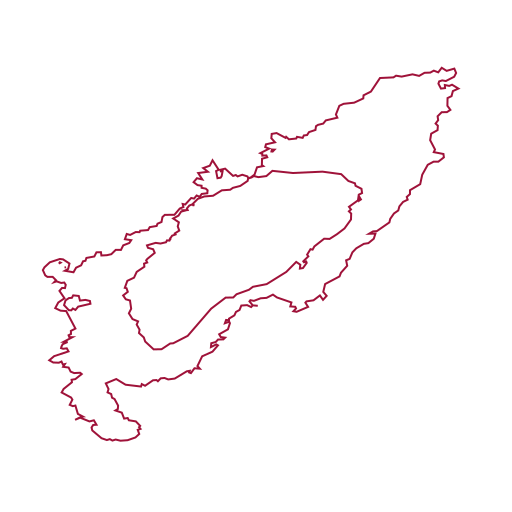 Danau Toba, Sumatera Utara, Indonesia (Equal Earth projection), rotated 86°
{"feature_id": "22746128B58041142516585", "entity_name": "Danau Toba", "entity_type": "district", "adm_level": 2, "iso_a3": "IDN", "parent_name": "Indonesia", "parent_adm1": "Sumatera Utara", "projection": "equal_earth", "projection_center": [98.807, 2.61], "detail": "fine", "context": "isolated", "style": "outline", "palette": "rose", "viewbox_px": 512, "rotation_deg": 86, "n_neighbors": 0, "source": "geoboundaries", "source_scale": "gbopen_adm2", "svg_char_len": 6066}
<svg xmlns="http://www.w3.org/2000/svg" viewBox="0 0 512 512"><g transform="rotate(86 256 256)"><path d="M112.0,162.4L120.4,166.4L123.7,165.2L125.6,176.9L128.6,179.7L129.5,185.0L130.7,187.1L134.4,187.9L136.1,194.5L138.9,196.6L139.1,199.9L141.4,201.2L140.0,206.8L141.6,207.6L141.9,215.0L139.2,217.6L140.2,218.3L134.8,226.9L135.3,231.8L139.6,232.5L143.9,229.1L145.3,238.3L148.0,239.2L149.8,235.4L153.7,244.5L154.6,242.6L156.3,242.7L156.4,238.6L158.3,237.9L159.4,243.2L165.7,243.8L166.8,242.5L167.6,248.8L174.7,251.8L177.4,256.0L177.8,258.2L176.0,259.0L174.0,264.0L175.3,268.8L173.8,270.5L174.5,273.3L166.7,280.7L167.5,285.6L169.1,285.2L169.1,283.4L173.9,284.7L175.4,285.8L175.7,289.0L168.5,289.9L167.4,287.2L157.5,292.7L162.7,295.8L164.6,302.5L168.6,298.1L169.2,307.9L175.9,304.2L174.3,309.5L178.0,313.1L181.2,309.4L182.1,305.4L184.2,305.5L185.3,301.4L187.1,299.7L190.0,300.2L190.3,305.8L193.0,308.1L191.5,311.0L194.4,313.8L193.6,316.6L199.7,323.0L199.0,325.5L202.1,325.0L203.3,328.7L209.2,334.5L208.6,344.1L210.6,346.6L215.5,347.9L216.9,352.0L219.1,353.0L219.8,360.0L222.6,361.9L222.7,369.8L224.1,370.5L223.7,374.3L226.2,380.1L225.0,383.4L230.1,385.6L231.5,379.4L234.2,381.5L236.1,387.7L240.5,390.3L240.1,395.5L244.1,400.2L244.8,404.7L244.7,410.2L241.4,410.4L241.2,414.9L245.2,417.3L246.1,425.3L248.9,426.5L249.2,428.9L253.1,431.1L255.1,436.3L259.5,439.2L257.4,447.7L255.8,444.3L250.5,442.6L245.9,448.7L245.3,451.9L247.9,462.1L252.5,467.8L255.2,469.6L260.6,467.6L262.3,465.5L262.6,460.3L266.2,457.2L268.0,459.1L267.4,456.7L269.3,452.2L269.1,449.1L271.5,447.8L274.7,448.8L274.3,451.7L277.1,454.5L284.8,450.0L288.6,456.5L294.0,459.9L296.9,454.8L297.7,449.2L315.8,441.2L317.8,445.9L320.9,446.0L322.0,448.5L323.9,447.9L324.2,444.8L328.2,453.9L328.7,450.0L330.5,455.0L332.8,456.4L334.3,456.9L335.1,454.9L334.9,451.2L338.1,449.7L341.8,464.3L345.6,469.5L348.1,465.7L348.7,460.1L347.7,457.4L350.8,456.2L350.5,454.2L353.1,456.1L354.2,450.7L358.4,449.0L360.1,445.6L360.2,439.6L361.6,438.1L366.2,444.8L366.6,448.6L369.1,448.4L375.2,457.2L378.6,459.4L384.3,450.3L386.5,449.2L391.5,452.2L393.0,449.2L392.6,446.6L401.1,444.7L404.1,439.9L404.2,441.5L406.8,447.9L405.0,442.7L409.4,433.7L408.6,429.2L413.2,426.9L413.2,430.2L415.6,432.0L418.6,431.5L427.0,422.8L429.2,417.6L428.5,414.6L430.1,412.1L429.3,408.8L430.8,404.1L430.8,396.9L428.6,388.9L425.4,384.9L421.2,386.1L420.4,383.3L418.6,384.6L417.4,383.4L412.6,387.4L411.0,394.3L408.7,395.3L409.0,398.9L402.9,400.8L400.3,407.0L399.0,404.5L395.6,404.0L388.8,407.1L387.3,409.5L383.6,410.1L381.7,413.6L378.4,412.4L372.6,414.7L369.0,404.0L375.3,395.1L378.2,379.8L375.8,378.9L377.7,375.7L372.8,367.4L372.8,363.9L374.1,362.6L371.4,359.6L371.3,355.8L373.0,352.2L372.6,345.6L366.2,333.1L365.9,330.1L367.5,330.8L368.3,329.1L363.7,325.2L364.5,319.9L361.7,322.1L352.3,316.7L348.4,306.1L342.5,300.2L341.4,301.8L343.7,307.3L339.9,306.7L339.0,302.2L336.7,299.7L336.9,294.4L335.3,292.5L334.4,296.8L331.5,298.2L327.2,289.1L321.2,286.7L319.7,287.3L320.9,291.7L317.7,290.3L318.2,287.4L316.6,287.3L313.7,281.7L310.4,279.9L308.7,276.2L304.4,274.1L304.4,268.3L306.6,264.4L305.0,262.7L305.8,257.7L305.0,262.7L300.8,265.7L299.7,264.7L300.6,261.2L298.5,254.3L298.5,248.4L295.7,241.8L298.8,238.0L304.8,223.9L308.7,225.3L309.4,220.4L311.1,219.7L313.7,222.5L314.5,219.4L310.4,207.6L306.0,210.0L304.8,208.8L304.2,201.7L299.8,195.0L304.4,192.2L300.7,188.3L296.5,191.4L288.8,189.0L282.2,174.1L278.6,172.4L272.1,165.7L266.6,166.4L265.4,162.8L259.1,159.6L255.3,155.4L251.4,147.6L251.0,143.0L247.0,137.3L242.0,135.3L241.7,141.7L239.6,137.5L239.6,133.7L231.8,120.6L228.3,119.5L223.2,115.4L220.5,110.9L216.5,109.5L212.3,105.5L210.4,100.8L207.6,101.5L205.0,98.1L201.1,97.8L195.8,87.2L186.5,84.5L177.0,78.3L174.3,72.3L174.6,67.5L170.7,61.7L167.3,61.9L164.8,71.4L162.2,70.0L152.6,74.2L146.2,72.7L143.1,66.1L138.7,65.5L136.4,67.6L133.2,64.8L129.3,65.1L125.5,60.7L125.8,55.5L123.8,51.9L119.5,54.6L111.8,53.9L110.2,49.8L105.2,48.1L103.1,42.4L98.8,48.5L99.8,51.4L98.6,55.7L101.7,55.7L101.9,59.8L96.8,62.0L94.6,61.1L93.8,58.0L94.7,54.4L91.0,45.8L87.4,43.6L82.9,45.1L84.6,52.9L81.2,57.6L85.5,61.4L83.5,65.7L85.2,69.4L85.0,75.1L87.7,80.7L85.7,87.2L87.2,98.2L85.9,103.7L87.4,106.4L87.1,119.9L100.0,129.9L103.2,137.5L106.3,138.0L109.9,147.4L110.3,158.0L112.0,162.4ZM172.2,233.7L175.8,213.3L176.5,183.8L180.3,165.3L187.6,158.6L190.4,152.2L192.9,151.8L196.3,146.1L200.6,145.8L202.0,149.2L207.6,150.4L213.4,159.8L216.2,158.0L217.9,160.2L220.3,158.1L226.2,158.7L234.7,165.8L239.9,173.7L244.1,181.4L243.5,186.8L250.5,197.1L253.6,199.1L253.0,201.2L258.2,204.9L260.0,203.8L264.6,209.2L265.6,208.6L265.0,206.3L266.4,205.9L271.3,210.0L271.6,213.1L267.8,212.4L264.7,216.3L274.0,226.9L284.8,247.3L286.5,261.2L289.2,265.4L292.8,278.1L295.8,281.6L295.4,289.2L305.4,304.4L330.9,329.7L337.3,344.7L337.3,347.7L342.4,356.7L342.0,364.6L333.6,372.5L329.4,373.6L324.7,378.1L321.4,377.3L316.1,379.8L313.0,378.2L310.3,383.6L304.3,386.8L299.9,384.2L291.6,384.8L290.1,388.9L286.1,391.3L282.8,386.4L279.1,387.4L278.6,389.1L271.8,386.1L269.1,379.2L263.5,376.1L258.9,368.1L255.8,368.2L254.9,365.0L252.7,365.9L251.3,364.6L245.8,356.8L242.1,358.1L240.3,363.2L237.8,364.0L235.9,355.2L236.9,350.4L236.0,344.8L234.2,343.7L234.6,341.3L233.1,340.7L233.5,340.3L233.9,339.6L233.0,340.7L229.9,338.3L228.9,334.8L227.8,335.4L225.3,330.8L221.0,332.0L217.0,330.6L212.8,336.0L210.3,330.5L206.5,327.6L205.9,324.4L205.3,325.2L205.4,321.0L203.7,321.6L201.0,319.0L200.0,315.8L201.0,315.2L201.1,314.0L199.9,315.8L194.9,310.0L193.0,303.4L192.9,294.6L188.1,285.5L188.1,277.1L186.4,274.3L185.0,266.8L180.5,259.1L178.2,258.5L177.3,254.9L176.1,252.6L177.5,248.1L177.0,240.1L172.2,233.7ZM287.9,429.2L289.3,424.8L292.1,424.5L294.1,436.9L297.2,439.9L295.6,442.4L297.3,444.0L297.0,446.5L291.6,450.9L287.0,449.1L284.9,445.5L284.9,442.6L282.5,441.1L283.5,435.6L288.2,434.7L287.9,429.2ZM151.2,230.1L153.0,232.1L152.8,233.3L150.9,232.7L151.2,230.1ZM249.8,453.1L248.6,452.1L249.0,451.4L249.8,453.1ZM205.5,148.1L206.9,147.4L207.7,148.8L205.5,148.1ZM253.9,446.3L254.2,447.8L253.9,446.3Z" fill="none" stroke="#9f1239" stroke-width="2"/></g></svg>